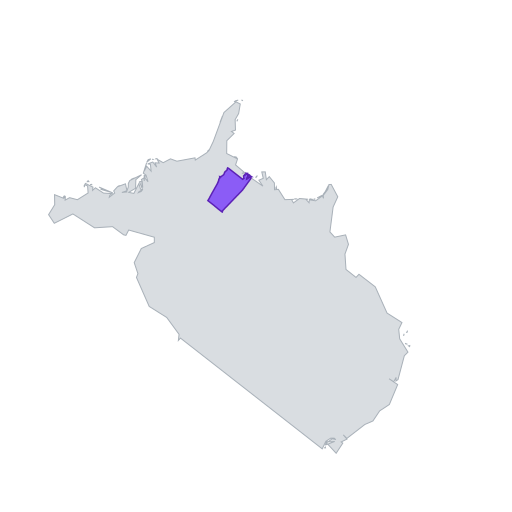 Alabama on a map of United States of America (Equal Earth projection), rotated 218°
{"feature_id": "USA-3541", "entity_name": "Alabama", "entity_type": "State", "adm_level": 1, "iso_a3": "USA", "parent_name": "United States of America", "parent_adm1": "", "projection": "equal_earth", "projection_center": [-86.886, 32.617], "detail": "fine", "context": "in_parent", "style": "filled", "palette": "violet", "viewbox_px": 512, "rotation_deg": 218, "n_neighbors": 0, "source": "natural_earth", "source_scale": "10m", "svg_char_len": 7410}
<svg xmlns="http://www.w3.org/2000/svg" viewBox="0 0 512 512"><g transform="rotate(218 256 256)"><path d="M400.6,178.8L426.2,176.4L435.1,157.6L444.9,160.9L446.2,172.5L452.5,180.3L443.0,183.1L442.7,185.3L440.8,182.5L438.8,187.2L431.4,190.4L427.1,202.3L431.8,207.5L434.7,206.9L433.7,204.6L434.7,205.6L435.1,208.2L426.9,209.9L425.2,207.1L424.5,210.9L414.9,211.7L407.9,216.5L408.6,213.8L407.8,212.0L406.1,218.6L408.2,219.7L407.8,225.3L403.3,232.5L397.9,228.0L400.8,223.5L397.4,226.7L399.1,231.7L401.3,234.6L401.9,237.8L396.2,249.6L397.7,242.2L392.6,235.2L395.5,227.8L390.8,230.1L392.9,240.9L388.1,237.6L386.5,238.0L387.8,234.6L387.7,233.5L386.2,236.2L386.2,238.5L393.5,242.7L392.0,244.7L388.7,240.9L387.4,240.2L391.6,244.8L393.4,245.7L392.4,248.5L390.2,246.3L393.7,250.6L392.9,251.1L391.2,249.0L386.8,248.0L392.4,252.0L395.8,251.9L399.6,262.1L396.3,254.2L397.4,259.4L390.9,258.3L395.7,263.3L398.0,261.9L395.2,266.5L389.0,264.9L392.9,267.3L389.6,269.6L393.5,271.4L386.6,272.4L383.2,279.9L376.7,282.0L364.5,295.8L362.9,294.2L358.4,307.0L358.0,310.2L360.2,320.0L369.6,349.4L366.7,365.1L362.0,366.1L357.4,357.6L356.4,350.6L349.7,342.6L352.0,339.0L348.7,339.1L350.0,328.9L342.2,318.7L330.3,321.1L328.2,315.2L316.5,314.7L318.0,312.4L316.0,314.7L310.7,315.7L310.6,311.2L309.7,314.4L293.6,315.3L300.4,317.5L298.1,321.7L303.2,325.8L300.5,328.0L294.8,322.5L294.4,326.7L286.5,324.9L282.2,319.6L279.4,322.3L267.9,318.2L261.0,324.0L262.8,322.4L259.2,320.9L257.1,328.1L249.9,332.8L251.6,331.4L247.0,330.6L248.5,333.1L243.0,336.2L240.7,344.3L238.3,343.0L240.3,345.2L240.4,352.6L242.5,357.2L240.8,358.7L228.0,353.0L225.4,342.1L212.6,320.5L205.6,319.3L198.4,327.8L190.3,322.1L187.1,312.3L176.8,300.8L164.0,300.7L163.6,305.0L143.0,305.1L117.6,291.7L100.0,293.4L98.4,286.1L91.8,279.2L77.1,273.8L77.7,268.7L68.0,246.0L68.8,243.6L70.9,246.6L70.0,241.7L75.6,241.2L65.2,241.9L59.5,221.1L63.2,210.1L62.3,198.0L66.5,190.3L72.1,168.2L77.1,168.8L71.6,167.7L74.4,161.9L72.4,162.0L71.4,149.9L83.6,151.9L79.8,158.3L84.8,153.8L83.4,159.1L80.1,160.4L82.2,160.6L85.0,158.4L86.9,153.0L85.1,144.8L265.0,144.8L265.2,141.7L268.4,146.9L288.5,152.6L309.1,150.5L337.0,165.5L338.2,169.4L347.9,175.8L351.0,191.3L344.4,204.0L347.7,208.2L372.3,198.1L371.2,192.2L373.3,191.2L387.1,190.8L400.6,178.8ZM418.0,214.4L422.1,213.7L407.7,217.6L419.5,212.9L418.0,214.4ZM85.0,149.9L86.0,153.2L85.8,153.7L84.0,151.2L85.0,149.9ZM242.3,355.9L240.8,349.3L241.0,345.6L241.1,349.5L242.3,355.9ZM444.1,183.5L444.1,185.3L443.4,185.0L444.1,183.5ZM282.2,321.5L282.6,323.0L281.3,321.8L282.2,321.5ZM82.3,279.7L84.2,278.9L84.3,279.1L82.3,279.7ZM80.5,279.1L79.7,280.1L79.2,279.2L80.5,279.1ZM430.7,210.2L429.6,211.3L429.3,211.1L430.7,210.2ZM242.1,342.2L241.0,345.1L243.6,339.4L242.1,342.2ZM366.8,339.6L368.6,345.5L366.5,339.1L366.8,339.6ZM90.8,284.4L91.4,285.9L90.7,284.5L90.8,284.4ZM367.5,366.0L366.0,367.9L368.3,364.0L367.5,366.0ZM400.3,265.6L398.7,267.8L399.8,262.6L400.3,265.6ZM83.8,147.1L83.7,148.1L83.1,147.6L83.8,147.1ZM248.6,334.3L246.0,335.6L248.6,333.9L248.6,334.3ZM434.7,210.7L434.7,212.0L433.5,211.7L434.7,210.7ZM90.2,288.6L90.6,290.5L90.0,288.8L90.2,288.6ZM245.3,336.7L244.3,337.5L245.2,336.3L245.3,336.7ZM401.3,240.1L399.7,242.9L401.5,239.0L401.3,240.1ZM260.2,325.3L258.5,326.4L261.0,324.4L260.2,325.3ZM358.7,308.5L358.4,310.9L358.2,309.2L358.7,308.5ZM394.1,271.7L393.6,272.2L395.2,270.4L394.1,271.7ZM334.6,320.6L332.6,321.8L331.8,321.6L334.6,320.6ZM309.9,315.3L309.5,315.7L308.4,315.6L309.9,315.3ZM354.2,350.8L354.5,352.5L353.9,350.5L354.2,350.8ZM304.7,318.6L304.4,320.2L304.3,317.4L304.7,318.6ZM363.0,370.2L361.9,370.3L363.4,369.9L363.0,370.2ZM407.5,226.3L406.8,227.7L407.7,225.7L407.5,226.3ZM397.5,268.2L396.8,268.7L396.7,268.7L397.5,268.2Z" fill="#d9dde1" stroke="#a8b0b8" stroke-width="1"/><path d="M315.0,313.3L314.9,313.3L315.0,313.4L315.0,313.5L314.8,314.0L314.7,314.2L314.6,314.3L314.6,314.5L314.4,314.5L314.2,314.7L314.1,314.8L313.9,314.9L313.8,314.7L313.7,314.7L313.6,314.8L313.6,315.0L313.8,315.0L313.9,314.9L313.7,315.3L313.2,315.5L312.3,315.7L311.4,315.7L310.7,315.8L310.6,315.7L311.0,315.5L311.1,315.4L311.3,315.6L311.6,315.6L311.9,315.5L312.2,315.4L312.4,315.2L312.3,314.9L312.0,314.5L311.9,314.4L312.0,314.3L312.0,314.1L311.9,314.0L311.7,314.2L311.4,314.0L311.4,313.9L311.3,313.7L311.2,313.4L311.2,313.1L311.2,312.9L311.3,312.7L311.4,312.3L311.1,311.5L311.1,311.4L310.9,311.3L310.7,311.3L310.7,311.2L310.6,310.9L310.5,311.1L310.4,311.3L310.4,311.5L310.3,311.8L310.3,312.0L310.2,312.2L310.1,312.3L310.1,312.6L310.0,312.8L310.0,313.1L309.9,313.4L309.9,313.6L309.9,314.0L309.8,314.7L309.8,314.8L309.7,314.9L309.6,314.7L309.4,314.7L309.3,314.4L309.1,314.3L308.7,314.2L308.4,314.2L308.4,314.3L308.3,314.0L308.1,314.0L307.9,314.1L307.7,313.3L307.7,312.4L307.7,311.5L307.6,310.5L307.6,309.6L307.6,308.7L307.5,307.8L307.5,306.9L307.5,306.0L307.4,305.1L307.4,304.2L307.4,303.3L307.3,302.3L307.3,301.4L307.3,300.5L307.2,299.6L307.3,299.3L307.3,298.9L307.4,298.4L307.4,297.7L307.5,297.0L307.6,296.1L307.7,295.2L307.8,294.1L307.9,293.0L308.1,291.8L308.2,290.6L308.3,289.3L308.5,288.0L308.6,286.7L308.7,285.4L308.9,284.0L309.0,282.7L309.1,281.4L309.3,280.2L309.4,278.9L309.5,277.8L309.6,276.7L309.8,275.6L309.9,274.7L309.9,273.8L310.0,273.1L310.1,272.4L310.1,271.9L310.2,271.5L310.2,271.3L310.2,271.2L310.2,270.9L310.3,270.7L310.1,270.7L309.9,270.5L309.7,270.3L309.6,269.9L309.9,269.8L311.0,269.8L312.1,269.8L313.2,269.8L314.4,269.8L315.5,269.8L316.6,269.9L317.7,269.9L318.9,269.9L320.0,270.0L321.1,270.0L322.2,270.0L323.4,270.0L324.5,270.0L325.6,270.0L326.7,270.0L328.0,270.0L328.0,270.3L328.1,270.7L328.2,271.1L328.2,271.6L328.3,272.2L328.4,272.9L328.5,273.6L328.7,274.3L328.8,275.1L328.9,275.9L329.1,276.8L329.2,277.7L329.4,278.6L329.5,279.4L329.6,280.3L329.8,281.3L329.9,282.1L330.0,283.0L330.2,283.8L330.3,284.6L330.4,285.4L330.5,286.1L330.6,286.7L330.7,287.3L330.8,287.8L330.8,288.3L330.9,288.6L330.9,288.9L331.0,289.0L331.0,289.5L331.3,290.2L331.2,290.5L331.3,290.7L331.3,290.8L331.5,291.0L331.6,291.3L331.7,291.8L331.8,292.0L331.7,292.3L331.8,292.4L331.9,292.5L332.4,293.4L332.5,293.5L332.5,293.9L332.6,294.1L332.7,294.4L332.7,294.5L332.7,294.8L332.5,295.1L332.6,295.3L332.7,295.5L333.1,295.7L333.1,295.8L333.3,296.0L333.2,296.0L333.1,296.3L333.0,296.5L332.8,296.4L332.7,296.4L332.7,296.5L332.8,296.6L332.7,296.7L332.5,296.8L332.4,296.8L332.2,297.2L332.2,297.3L332.2,297.5L332.1,297.8L332.1,298.1L332.1,298.3L332.1,298.5L331.8,299.1L331.7,299.5L331.6,299.8L331.6,300.0L331.5,300.3L331.6,300.5L331.8,301.5L332.1,302.1L332.1,302.3L332.2,302.6L332.2,302.9L332.3,303.0L332.2,303.3L332.1,303.5L332.2,303.9L332.0,304.2L332.0,304.5L331.9,305.3L331.8,305.5L331.9,305.9L331.9,306.0L331.8,306.3L331.9,306.5L332.1,306.7L332.3,307.0L332.5,307.4L332.6,307.9L332.6,308.0L331.4,308.2L330.2,308.2L329.1,308.2L327.9,308.2L326.8,308.2L325.6,308.2L324.4,308.2L323.3,308.2L322.1,308.2L321.0,308.2L319.8,308.2L318.7,308.2L317.5,308.2L316.3,308.2L315.2,308.2L314.0,308.2L313.7,308.2L313.6,308.4L313.7,308.8L313.5,309.3L313.4,309.5L313.5,309.5L313.6,309.8L314.0,310.3L314.2,310.7L314.3,310.8L315.0,311.3L315.1,311.5L315.0,312.0L315.0,312.3L314.8,312.5L314.8,312.8L314.9,313.3L315.0,313.3ZM310.2,315.5L308.4,315.7L308.5,315.6L309.2,315.5L309.6,315.5L309.7,315.4L309.8,315.4L310.2,315.5L310.2,315.5ZM314.5,315.0L314.7,314.9L314.8,315.1L314.6,315.1L314.4,315.2L314.2,315.2L314.1,315.3L314.1,315.2L314.3,315.1L314.5,315.0Z" fill="#8b5cf6" stroke="#5b21b6" stroke-width="1.5"/></g></svg>